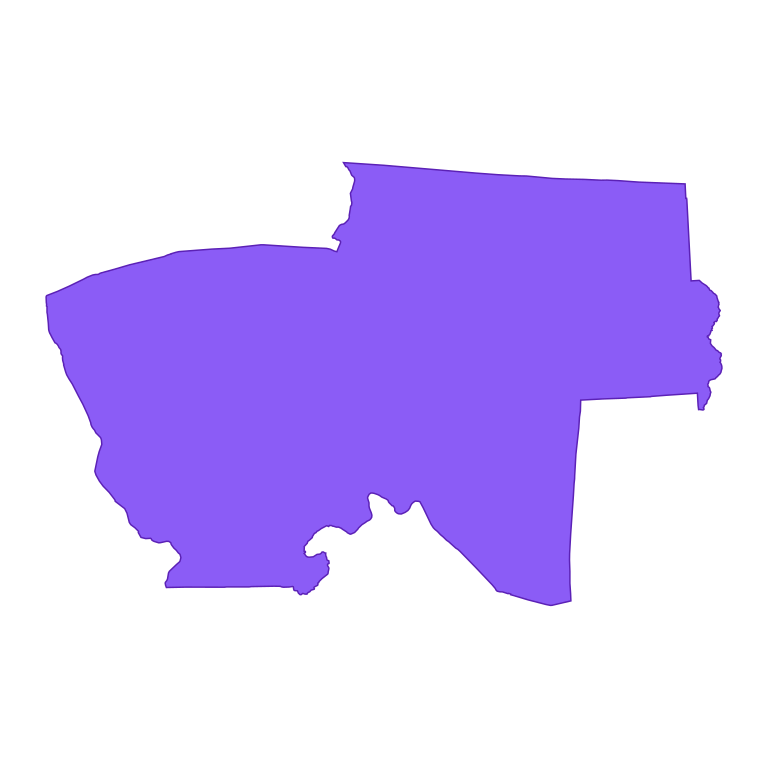 the district of Balaci, Teleorman, Romania
{"feature_id": "2599482B69496145689", "entity_name": "Balaci", "entity_type": "district", "adm_level": 2, "iso_a3": "ROU", "parent_name": "Romania", "parent_adm1": "Teleorman", "projection": "albers", "projection_center": [24.893, 44.347], "detail": "fine", "context": "isolated", "style": "filled", "palette": "violet", "viewbox_px": 768, "rotation_deg": 0, "n_neighbors": 0, "source": "geoboundaries", "source_scale": "gbopen_adm2", "svg_char_len": 6074}
<svg xmlns="http://www.w3.org/2000/svg" viewBox="0 0 768 768"><path d="M166.4,587.5L186.2,587.1L224.2,587.2L226.9,586.9L249.2,586.9L251.4,586.6L274.1,586.2L280.3,586.3L281.6,586.9L283.3,587.2L289.2,587.0L292.5,586.5L293.3,586.8L293.4,587.1L293.6,589.0L294.1,590.3L294.8,590.6L297.4,590.8L298.4,593.1L300.0,594.6L301.0,594.7L302.8,593.4L305.0,594.1L307.0,594.1L307.4,593.2L308.3,592.4L309.7,591.8L311.2,590.1L314.1,589.3L314.4,588.7L314.0,587.9L314.0,587.4L314.3,587.0L317.6,585.3L317.9,584.5L317.8,583.1L318.7,582.6L319.0,581.7L319.4,581.2L322.0,578.6L327.7,574.1L328.1,573.1L328.2,571.8L328.9,568.6L328.7,567.5L327.6,565.8L327.5,564.8L327.7,564.1L329.0,563.5L329.1,563.1L328.8,560.8L327.2,560.1L326.9,559.6L326.5,557.1L326.1,556.7L325.9,556.0L325.6,553.9L325.8,553.1L324.6,552.8L323.4,552.0L322.1,552.0L320.9,553.5L319.8,554.1L317.0,554.4L313.3,556.8L309.1,557.2L307.7,557.0L306.4,556.4L304.1,553.4L305.3,552.6L305.5,552.0L305.3,551.4L304.3,551.5L304.1,551.2L304.3,547.7L304.2,546.5L307.2,543.3L307.7,541.7L308.1,541.1L309.2,540.4L312.3,537.6L312.4,536.6L314.4,533.4L315.9,532.7L317.1,531.2L318.5,530.6L321.2,528.6L326.7,525.7L328.7,526.5L329.4,525.5L331.3,525.5L332.8,526.2L333.8,526.3L336.2,527.1L338.6,527.1L341.5,528.4L342.1,529.0L346.8,532.0L347.3,532.7L350.0,534.1L350.9,534.1L354.6,532.5L357.8,529.2L358.5,528.0L361.9,524.7L365.8,522.2L366.7,521.4L369.6,520.0L370.8,518.8L371.7,517.3L371.9,515.2L371.3,512.9L369.4,508.1L369.0,506.0L369.0,502.8L367.6,498.2L367.7,497.0L369.1,494.3L370.7,493.1L372.0,493.0L374.0,493.3L377.8,494.6L379.6,495.5L381.8,497.1L386.2,499.0L387.5,499.9L388.2,500.5L388.4,501.7L389.2,502.8L392.2,505.8L393.2,505.9L393.6,506.3L394.7,508.3L394.8,510.7L395.5,511.8L397.3,513.3L398.6,513.8L401.3,514.0L405.1,512.4L407.9,510.5L409.6,508.3L410.8,505.4L411.9,503.6L413.4,502.3L415.2,501.1L418.3,501.3L419.9,501.7L423.2,507.8L431.0,524.1L433.3,527.7L434.8,529.3L437.4,531.4L440.5,534.7L443.4,537.1L446.5,540.2L448.7,541.7L455.9,548.2L457.8,549.3L460.1,551.4L475.5,567.2L492.2,584.8L495.3,588.5L496.0,590.0L497.2,591.2L499.8,591.8L502.5,591.9L508.1,593.7L508.4,593.4L509.1,593.5L510.8,594.1L510.7,594.7L528.2,599.9L546.0,604.5L550.5,605.4L552.0,605.3L570.9,600.9L570.6,593.6L569.9,583.4L569.9,571.6L569.5,559.9L569.6,553.6L570.7,533.6L573.4,495.5L574.1,483.4L574.6,478.9L574.7,475.4L575.9,454.3L578.8,428.1L579.5,417.0L580.4,411.1L580.7,400.1L603.3,398.9L626.0,398.1L627.1,397.8L650.6,396.7L651.4,396.4L667.1,395.2L697.4,393.2L698.1,405.6L698.6,409.6L699.6,409.5L703.0,410.0L703.9,409.5L704.0,409.0L703.4,407.6L704.0,406.9L704.4,405.1L705.7,404.3L706.1,403.6L706.6,403.4L707.3,400.3L708.6,398.7L709.5,396.8L710.0,395.8L710.4,393.4L710.8,392.6L710.8,392.0L710.2,390.8L709.6,388.1L709.1,387.3L708.0,386.6L708.1,385.8L707.8,384.4L707.9,384.0L708.4,383.3L708.6,382.7L708.7,381.3L710.1,380.1L711.1,379.7L714.8,378.9L715.5,378.5L715.9,377.7L717.5,376.5L718.6,375.0L719.5,374.5L720.3,373.4L720.9,372.4L721.6,369.4L721.9,368.8L721.9,366.9L721.6,365.2L720.7,363.1L720.0,362.3L720.6,361.2L720.6,360.1L720.4,359.5L719.8,359.0L719.8,358.7L720.6,356.8L721.1,356.1L721.3,355.5L721.0,354.5L721.3,354.0L720.7,353.0L719.1,352.3L717.5,350.6L716.4,350.4L714.1,347.6L712.0,345.8L710.4,343.4L710.7,339.8L708.8,338.9L708.1,337.3L707.4,337.1L707.3,336.9L707.3,336.3L707.5,335.9L708.8,335.8L708.9,335.1L709.7,334.6L710.7,332.1L710.8,330.9L712.1,330.4L711.6,328.9L712.4,328.2L712.0,326.4L712.7,326.1L714.2,324.1L714.4,323.2L714.0,322.7L713.9,322.4L715.5,321.3L716.4,321.5L716.6,321.2L717.2,320.3L717.2,319.0L718.0,318.0L718.8,316.5L719.4,316.0L719.5,315.5L719.0,314.5L718.8,313.6L719.1,312.3L720.1,310.8L720.2,310.4L718.8,308.7L718.7,308.0L718.1,307.1L718.5,306.0L718.6,305.1L719.0,304.2L718.6,302.9L718.9,302.3L718.5,302.0L717.8,300.1L716.9,297.2L716.8,296.0L715.2,294.2L713.3,293.1L713.0,292.5L711.1,290.6L709.7,290.1L708.8,288.0L707.9,287.6L707.5,286.8L706.2,285.6L702.1,283.0L699.3,280.4L691.1,280.9L686.8,199.2L686.6,198.3L685.8,198.4L685.1,183.9L638.7,182.1L617.9,180.6L607.1,180.1L601.0,180.2L584.3,179.4L565.5,179.0L552.1,178.4L526.4,176.0L519.7,175.9L497.7,174.7L476.1,173.1L384.0,165.3L343.5,162.6L345.8,166.6L346.7,166.6L347.9,167.8L348.9,169.8L350.0,171.0L351.5,174.8L351.9,175.4L354.3,177.5L354.6,178.8L354.7,180.1L354.5,181.6L352.9,187.1L352.6,188.9L350.4,193.3L351.4,201.0L351.8,202.2L351.8,203.1L351.5,205.3L350.6,206.3L350.2,209.4L349.2,215.3L349.3,216.9L349.0,218.4L348.0,220.1L345.2,222.9L343.7,224.0L341.4,224.4L339.4,225.5L334.9,232.5L334.2,234.0L332.5,235.9L332.3,236.7L332.5,237.5L332.9,238.1L334.9,238.2L337.0,239.9L338.8,240.0L340.3,241.1L340.6,241.8L340.5,242.9L337.8,249.3L336.9,251.7L334.4,251.1L330.3,249.2L326.6,248.4L302.5,247.3L263.4,244.8L260.9,244.8L230.0,248.2L211.9,249.1L179.0,251.6L175.9,252.3L170.9,253.8L171.0,254.0L167.5,255.0L164.3,256.5L130.0,264.7L110.7,270.3L101.8,272.7L100.0,273.3L98.3,274.4L95.3,274.5L92.7,275.0L87.2,277.2L83.5,279.2L69.1,286.2L57.7,291.3L46.9,295.5L46.4,296.0L46.1,296.9L46.3,302.4L46.6,304.4L46.5,306.1L47.0,306.5L47.0,312.3L47.4,314.4L48.3,323.2L48.7,329.8L49.2,331.7L49.8,333.3L50.4,334.3L52.0,337.5L55.0,342.8L56.1,343.3L57.4,344.5L58.4,346.1L59.0,347.5L60.6,349.4L61.0,351.0L61.0,353.3L61.4,354.4L62.5,355.7L62.6,356.1L62.5,358.0L62.7,360.4L63.7,364.0L63.8,364.6L63.6,364.9L65.6,371.8L66.7,374.8L69.0,378.9L72.3,384.0L78.5,396.1L82.8,404.1L88.2,415.8L90.7,422.7L91.0,424.6L92.0,426.9L93.1,428.5L94.5,430.1L95.9,432.9L100.4,437.4L100.9,438.3L101.4,439.9L101.8,444.4L99.2,451.6L97.8,456.7L94.9,470.8L94.9,471.6L95.3,472.8L96.0,475.0L99.4,481.1L103.1,486.1L109.2,492.4L114.5,499.3L115.1,500.4L115.2,501.3L124.7,508.6L127.0,513.2L129.3,522.4L130.8,524.7L135.0,527.8L138.5,531.3L138.3,532.6L141.0,537.4L145.7,538.6L150.6,538.3L151.1,538.6L151.7,539.9L152.9,540.8L154.1,541.4L158.7,542.8L160.4,542.7L166.6,541.3L168.8,541.4L170.7,542.6L171.3,544.6L173.8,548.0L176.3,550.3L178.3,552.9L180.0,554.3L180.9,557.6L180.1,560.9L179.5,561.9L176.6,564.4L170.2,570.5L169.3,571.4L168.5,573.0L167.5,579.0L166.7,580.7L165.4,582.3L165.2,583.2L165.6,585.4L166.4,587.5Z" fill="#8b5cf6" stroke="#5b21b6" stroke-width="1.5"/></svg>